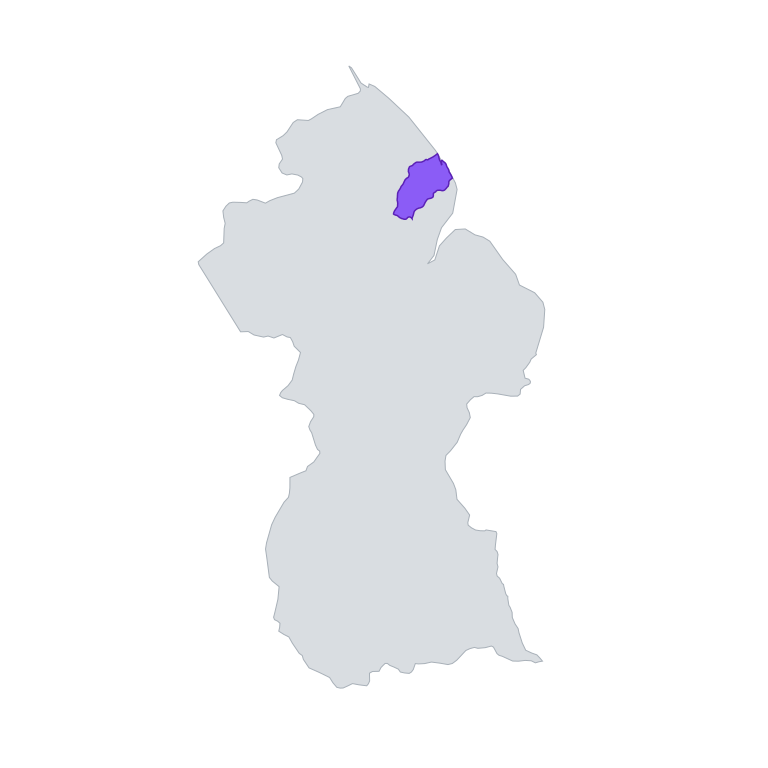 II-1 Moruka/Pomeroon, Pomeroon-Supenaam, Guyana (highlighted), rotated 10°
{"feature_id": "73187651B89852633315", "entity_name": "II-1 Moruka/Pomeroon", "entity_type": "district", "adm_level": 2, "iso_a3": "GUY", "parent_name": "Guyana", "parent_adm1": "Pomeroon-Supenaam", "projection": "mercator", "projection_center": [-58.911, 7.285], "detail": "fine", "context": "in_parent", "style": "filled", "palette": "violet", "viewbox_px": 768, "rotation_deg": 10, "n_neighbors": 0, "source": "geoboundaries", "source_scale": "gbopen_adm2", "svg_char_len": 6283}
<svg xmlns="http://www.w3.org/2000/svg" viewBox="0 0 768 768"><g transform="rotate(10 384 384)"><path d="M233.7,357.5L216.1,337.9L198.4,318.1L180.9,298.6L179.8,295.9L187.0,286.7L193.6,280.0L199.0,276.2L201.6,272.9L199.6,258.6L199.7,253.4L197.2,247.8L195.3,241.5L197.5,236.3L200.2,232.6L203.6,231.2L211.7,230.0L217.4,229.4L219.5,227.3L222.8,224.9L227.2,224.8L235.8,226.5L239.7,223.3L246.7,219.0L262.6,211.6L266.2,206.8L268.7,199.3L268.4,195.8L266.8,194.5L262.9,193.2L256.8,193.1L252.0,195.0L247.0,193.9L242.8,189.3L242.6,185.5L245.0,180.1L243.6,176.6L235.6,165.2L235.7,162.1L241.5,157.0L244.7,152.6L249.2,142.2L252.8,138.8L263.8,137.6L266.6,135.4L272.3,129.9L280.7,123.6L292.8,118.6L296.3,109.5L298.4,107.0L308.1,102.2L309.8,99.6L309.5,97.4L294.1,76.9L297.1,78.3L309.1,91.6L315.8,94.5L317.2,94.6L317.2,91.1L323.3,92.6L339.0,101.7L362.1,116.8L394.4,145.3L403.6,156.1L409.8,161.2L419.4,173.6L422.2,179.7L422.0,203.8L413.5,220.1L411.4,232.4L410.9,248.7L406.0,258.1L412.5,253.0L414.6,238.3L420.2,229.3L427.4,219.5L437.1,217.2L447.6,221.3L456.0,222.1L463.4,225.0L479.2,240.7L494.6,253.1L500.2,263.0L516.6,268.0L526.3,275.9L529.4,282.7L531.3,300.4L528.1,327.2L529.0,328.6L524.6,333.9L523.8,337.2L520.9,343.2L518.7,346.4L521.9,353.8L525.6,354.1L527.0,355.1L527.9,356.5L527.7,358.1L526.3,359.5L522.8,361.3L519.4,365.6L519.8,370.3L517.7,372.7L510.9,374.0L497.7,374.0L491.2,374.4L486.0,375.2L482.6,378.2L478.3,380.3L474.9,380.8L471.9,384.4L468.9,389.4L469.9,392.9L473.0,397.4L474.8,402.1L472.4,409.7L469.8,415.6L468.2,420.1L466.2,428.7L461.1,438.2L457.4,443.6L457.5,449.4L459.3,457.7L469.7,469.9L473.1,475.7L475.9,484.9L485.2,492.3L491.1,498.2L490.6,506.0L491.4,508.4L495.0,510.4L499.5,511.9L504.4,511.8L508.8,511.1L509.8,510.0L519.9,509.9L521.1,511.8L521.7,523.1L522.1,527.6L524.5,529.4L525.9,532.2L526.0,534.7L526.5,541.0L528.0,544.3L527.7,551.1L528.8,553.5L531.6,555.2L535.1,560.0L536.5,560.6L537.1,562.3L540.2,569.2L541.7,571.2L542.8,571.5L543.2,573.9L545.4,580.3L546.9,581.9L549.8,586.6L550.9,591.7L554.7,597.5L558.5,601.5L560.2,605.7L565.1,615.0L569.8,621.6L576.2,623.3L581.6,624.2L585.0,626.7L588.2,629.4L584.7,630.7L581.5,632.3L577.1,631.0L571.0,631.7L564.7,633.6L558.8,634.5L547.7,631.6L544.4,631.2L542.1,629.9L537.5,624.1L535.3,623.4L529.4,626.1L522.3,628.0L518.8,627.7L514.7,629.6L510.9,632.2L503.6,643.4L499.8,647.4L495.7,649.2L487.6,649.2L479.0,649.6L472.5,652.3L466.4,653.7L463.4,653.9L462.4,660.1L461.0,662.9L459.1,664.6L454.4,665.0L450.1,664.8L447.6,662.3L442.8,661.0L438.6,660.1L435.8,658.6L433.6,659.0L431.8,661.5L430.3,663.7L429.0,667.8L422.6,669.1L419.9,671.3L421.4,678.9L420.7,681.9L419.4,684.2L411.6,684.6L405.0,684.5L401.2,687.3L396.5,690.5L393.6,691.1L390.2,690.9L385.7,687.2L381.4,682.5L370.4,679.3L359.5,676.6L352.4,669.2L350.7,665.6L347.3,664.0L338.8,655.2L334.2,649.6L329.1,648.1L323.3,645.7L323.5,641.7L323.1,637.7L320.6,636.1L317.1,635.1L315.8,632.9L316.2,627.7L316.9,614.5L315.9,601.8L308.1,597.4L304.7,594.4L298.8,575.6L296.0,567.1L295.9,560.8L297.8,542.1L300.0,534.0L306.1,517.7L309.6,512.2L309.8,508.1L309.4,502.8L307.6,492.3L317.8,485.7L322.2,483.0L323.0,478.5L328.4,473.0L330.9,467.6L332.9,463.5L332.3,461.2L329.9,460.0L327.1,456.0L321.2,444.5L319.1,442.2L317.3,439.0L318.2,433.9L320.5,428.4L320.2,426.1L316.7,423.1L309.4,418.2L303.3,417.8L298.6,416.0L291.8,415.8L286.3,415.2L283.1,413.4L283.8,410.4L285.1,408.0L289.8,402.3L292.9,396.1L293.3,390.1L294.2,382.1L295.6,375.3L296.3,367.5L289.0,362.4L286.7,358.2L283.7,354.5L280.4,354.5L275.4,352.9L267.6,357.8L261.5,356.9L257.3,358.7L247.5,358.3L241.3,355.9L233.7,357.5Z" fill="#d9dde1" stroke="#a8b0b8" stroke-width="1"/><path d="M415.6,169.4L414.3,167.3L413.0,165.7L412.8,165.4L411.5,164.1L411.2,163.5L410.5,161.8L409.1,160.1L408.1,159.0L407.1,157.1L406.8,156.6L406.0,155.8L405.1,155.2L403.6,154.5L402.7,153.7L402.1,153.7L401.9,153.9L401.8,154.4L401.9,155.2L402.8,157.8L402.5,158.0L401.5,155.8L401.1,155.2L400.0,154.1L398.6,151.2L398.2,150.1L397.9,149.7L397.5,149.0L396.6,147.9L396.3,148.3L395.7,149.0L395.2,149.5L394.5,150.3L393.6,151.1L392.9,151.8L392.0,152.5L391.2,153.1L390.6,153.6L389.1,154.6L388.6,155.3L388.0,155.7L387.3,155.6L386.4,155.6L385.9,156.0L385.4,156.6L384.6,157.5L383.2,158.4L382.5,158.9L381.8,159.1L379.9,159.5L379.1,159.6L378.3,159.7L377.4,160.0L376.6,160.6L375.8,161.5L375.2,162.1L374.6,162.9L374.2,163.8L372.7,164.7L372.0,165.1L371.4,165.6L371.2,166.5L371.0,167.2L370.8,168.2L371.0,169.2L371.0,170.0L371.2,170.8L371.8,171.6L372.1,172.3L372.4,173.0L372.6,173.7L372.4,174.5L372.3,175.4L372.0,176.2L371.4,176.8L370.6,177.4L370.2,178.0L369.7,178.6L369.3,179.3L369.0,180.4L368.7,181.4L368.5,182.2L368.2,183.4L367.9,184.2L367.5,184.9L367.1,185.6L366.7,186.2L366.4,187.1L366.2,188.1L365.9,189.0L365.5,189.9L365.2,190.7L364.8,191.4L364.6,192.2L364.4,193.1L364.3,193.8L364.4,194.7L364.5,195.7L364.6,196.5L364.8,198.0L364.8,198.7L364.9,199.6L365.0,200.6L365.3,201.4L365.7,202.1L365.9,202.9L366.2,203.9L366.3,205.5L366.5,206.3L366.5,207.2L366.1,207.8L365.7,208.6L365.3,209.5L364.9,210.3L364.6,211.1L364.3,211.7L364.1,212.5L363.9,213.5L363.8,214.2L363.9,215.0L364.7,215.4L365.5,215.5L366.3,215.7L367.3,215.7L368.0,215.9L368.7,216.3L369.5,216.8L370.2,217.2L370.9,217.5L371.7,217.7L372.5,218.0L373.6,218.0L374.6,218.2L375.6,218.2L376.2,218.1L376.9,217.9L377.5,217.4L378.0,216.7L378.3,216.0L378.9,215.5L379.8,215.1L380.4,215.0L381.2,215.2L381.9,215.5L382.5,216.0L383.0,216.4L382.8,215.5L383.1,214.7L383.2,213.9L383.4,213.1L383.5,212.1L383.6,211.2L383.6,210.2L383.8,209.1L384.1,208.2L384.6,207.5L385.0,206.9L385.5,206.4L386.1,205.8L387.6,204.8L388.3,204.5L389.0,204.3L389.8,203.8L390.6,203.3L391.2,202.7L391.8,201.9L392.2,201.1L392.4,200.1L392.7,199.3L392.9,198.3L393.2,197.6L393.5,196.8L393.9,196.0L394.2,195.4L394.5,194.7L395.2,194.1L396.2,193.6L397.0,193.3L397.8,193.0L398.6,192.5L399.2,192.0L399.8,191.3L399.9,190.2L399.8,189.3L399.6,188.4L399.6,187.7L400.0,187.1L400.7,186.4L401.4,185.9L401.9,184.9L402.5,184.3L403.2,183.9L404.2,183.7L405.1,183.5L406.1,183.4L406.9,183.5L407.7,183.5L408.4,183.4L409.0,183.1L409.7,182.7L410.2,182.2L410.8,181.3L411.4,180.4L411.8,179.5L412.3,178.8L412.8,178.2L412.9,177.2L413.0,176.4L413.0,175.7L413.0,174.9L412.8,174.2L412.7,173.4L413.0,172.6L413.4,172.0L413.7,171.4L414.2,170.8L414.8,170.3L415.6,169.4Z" fill="#8b5cf6" stroke="#5b21b6" stroke-width="1.5"/></g></svg>